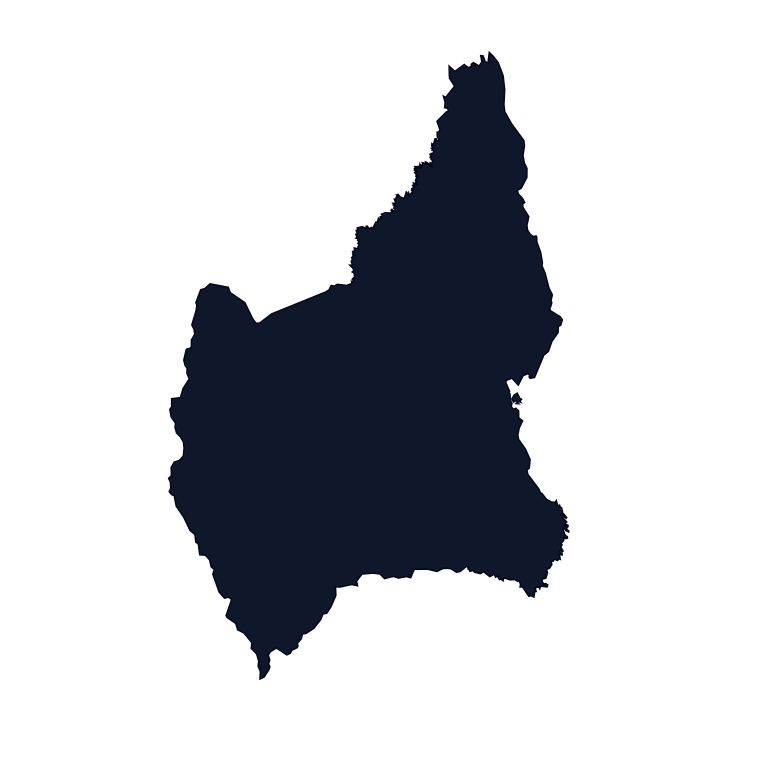 Mamuju Tengah, Sulawesi Barat, Indonesia (Equal Earth projection), rotated 154°
{"feature_id": "22746128B49136567123703", "entity_name": "Mamuju Tengah", "entity_type": "district", "adm_level": 2, "iso_a3": "IDN", "parent_name": "Indonesia", "parent_adm1": "Sulawesi Barat", "projection": "equal_earth", "projection_center": [119.569, -2.021], "detail": "fine", "context": "isolated", "style": "filled", "palette": "ink", "viewbox_px": 768, "rotation_deg": 154, "n_neighbors": 0, "source": "geoboundaries", "source_scale": "gbopen_adm2", "svg_char_len": 6173}
<svg xmlns="http://www.w3.org/2000/svg" viewBox="0 0 768 768"><g transform="rotate(154 384 384)"><path d="M624.2,381.5L623.4,377.7L621.5,375.6L624.3,365.4L622.4,351.9L622.5,337.3L619.9,331.5L622.4,324.5L621.1,321.4L624.5,311.3L619.7,308.5L617.8,302.4L619.5,295.4L617.8,291.6L621.2,288.2L623.4,269.3L621.2,261.4L617.0,260.5L615.4,257.1L627.5,245.0L627.3,242.8L622.2,233.8L623.3,227.1L619.1,221.8L616.1,209.3L619.2,204.7L616.8,197.2L618.0,190.2L620.8,185.5L621.2,179.8L624.8,173.2L620.1,173.2L611.9,178.2L610.5,180.1L610.5,183.0L607.6,186.1L606.9,191.0L604.0,193.0L596.5,194.0L590.1,183.1L586.4,183.1L583.5,185.1L577.6,185.1L576.2,186.1L575.4,189.1L570.2,191.1L566.7,195.1L563.8,194.0L554.4,195.1L544.1,200.0L539.7,204.0L536.0,203.0L529.3,207.1L520.0,215.0L516.4,223.0L512.7,220.8L501.1,218.0L496.2,214.3L495.1,218.8L487.1,222.8L476.9,218.9L470.9,215.0L468.9,208.9L460.0,207.0L455.9,203.2L448.3,201.1L444.9,198.2L438.1,204.2L425.8,198.3L418.6,192.3L411.8,192.3L407.5,190.4L404.7,188.4L401.4,183.1L398.0,182.1L389.8,183.9L388.7,182.3L389.6,180.8L388.4,179.3L388.9,178.0L385.8,177.4L385.1,175.0L380.6,171.4L376.7,171.5L373.4,164.5L368.3,164.7L368.4,161.5L366.2,161.6L366.0,157.6L364.2,157.4L363.3,154.9L361.3,157.3L356.6,152.8L352.2,150.9L350.5,148.0L348.8,147.9L349.2,143.8L350.7,142.0L348.5,141.0L346.9,129.8L344.4,129.1L342.7,126.8L339.5,131.3L338.2,130.8L337.6,134.5L333.7,133.7L333.7,131.7L332.0,133.7L326.3,130.1L324.9,131.7L326.4,134.0L328.1,134.0L328.4,137.7L327.2,139.2L323.7,138.5L319.9,142.5L319.2,145.9L315.8,146.0L312.3,148.2L311.4,151.4L309.4,150.6L307.8,152.0L305.4,149.3L303.2,150.2L302.4,149.2L301.2,154.0L298.9,152.2L298.3,153.1L299.6,156.3L297.9,157.3L297.3,155.0L296.3,155.3L296.6,160.0L294.5,161.3L294.6,163.2L291.2,164.6L289.5,167.2L288.8,165.6L286.7,165.0L286.2,166.2L287.5,169.3L286.8,174.7L284.8,175.0L284.9,172.6L282.9,170.0L282.3,171.0L283.5,173.1L282.8,174.7L284.3,177.9L282.9,177.7L281.5,175.0L280.6,175.9L282.1,178.9L282.0,180.0L280.3,179.9L281.8,184.9L280.1,185.6L279.2,183.5L278.4,183.9L279.4,188.4L282.1,188.7L279.9,189.8L278.6,194.8L279.6,196.3L279.3,198.2L281.3,198.6L280.2,203.7L281.9,202.7L285.2,204.4L288.4,208.8L290.1,216.7L291.1,216.8L290.9,222.1L294.3,239.5L293.4,243.9L290.2,244.8L285.8,252.1L285.4,263.6L287.3,275.2L286.0,279.6L281.7,285.3L275.6,290.1L277.7,294.6L274.8,300.8L276.1,304.4L278.8,304.6L279.5,308.2L277.5,310.3L277.5,314.1L275.1,319.9L275.5,321.3L274.3,322.4L273.9,331.8L272.6,333.7L266.4,333.1L263.8,324.1L255.5,330.4L250.2,330.3L248.9,326.8L250.5,326.7L250.1,325.0L245.8,323.9L227.8,339.8L221.9,341.3L214.4,348.7L205.0,353.9L202.1,359.2L199.3,359.4L195.5,363.6L196.2,367.3L202.4,377.1L201.1,380.9L200.3,380.4L197.4,383.7L197.6,385.3L193.6,390.4L193.7,397.7L190.6,413.0L190.2,421.3L188.6,423.1L185.4,434.0L184.4,444.6L182.3,449.2L182.4,450.4L185.4,451.3L187.0,454.6L187.5,459.5L186.0,463.9L180.5,471.0L181.7,482.1L180.2,485.2L178.0,485.4L178.2,490.4L179.9,495.8L179.4,499.5L174.9,499.8L165.0,507.1L161.0,515.1L161.0,521.1L158.9,528.5L153.3,536.5L151.6,541.6L155.3,562.1L156.1,575.8L153.7,582.6L146.6,595.4L141.8,608.7L140.5,622.7L142.0,630.2L144.0,635.9L149.5,627.4L151.8,628.9L151.1,635.5L153.1,636.8L154.8,630.7L159.1,628.1L162.7,633.7L165.4,633.1L166.6,631.0L169.8,631.6L171.8,636.0L183.3,633.9L186.1,641.2L190.4,631.9L190.0,631.0L191.1,630.4L190.0,620.7L203.0,614.6L204.4,616.7L205.6,610.2L208.4,605.8L206.1,604.1L206.2,600.9L208.9,601.2L221.2,596.9L222.3,588.0L224.5,586.5L225.8,587.1L227.8,582.7L227.4,578.5L229.8,579.8L229.6,581.5L230.6,582.1L234.8,577.3L235.6,579.0L236.8,576.9L236.0,574.9L237.9,575.1L237.1,573.8L238.4,573.2L237.1,571.8L238.5,569.9L240.1,570.4L239.9,569.4L241.9,570.3L241.5,567.3L242.1,568.7L243.2,567.4L242.2,566.8L243.2,565.4L242.4,563.3L244.4,561.4L245.4,562.4L245.6,558.4L247.3,559.7L246.3,561.0L247.5,562.7L249.0,562.8L248.0,563.9L249.2,565.3L249.4,563.5L252.6,566.2L253.2,563.4L255.0,564.9L253.9,563.3L256.5,561.2L255.4,562.6L255.5,565.6L257.2,562.4L258.0,564.7L259.3,563.5L259.3,564.9L261.0,565.9L260.8,563.6L262.2,564.3L262.8,562.9L261.2,562.7L261.0,561.7L262.5,561.7L261.5,560.4L263.8,560.4L262.5,555.7L264.5,557.4L263.8,555.7L266.6,553.0L265.8,551.7L267.1,551.4L267.1,548.9L269.4,551.8L269.9,548.9L271.6,550.4L270.9,548.7L272.2,547.2L270.6,547.4L271.4,545.3L273.8,547.8L273.1,545.7L274.2,545.9L274.0,543.4L275.3,542.4L275.1,543.8L278.5,542.7L278.1,544.9L279.3,543.6L279.5,545.8L280.5,544.4L280.4,546.2L284.4,541.9L287.3,544.9L288.5,549.0L288.2,547.7L289.8,548.5L289.8,545.4L290.3,547.3L292.5,545.0L293.7,545.6L294.0,541.3L296.6,542.5L295.4,539.7L295.7,538.9L296.1,540.2L297.2,540.6L296.6,539.1L298.2,537.7L297.3,535.8L299.3,534.0L300.2,537.3L300.8,537.6L301.5,536.8L300.1,535.8L304.4,534.3L304.2,535.4L308.0,537.5L311.9,537.7L311.4,536.0L313.8,535.3L314.2,536.5L314.6,533.9L315.8,533.8L316.3,535.4L319.0,532.4L320.3,533.1L324.5,530.0L325.2,527.8L326.6,530.2L329.5,530.1L329.7,533.2L331.0,533.5L331.3,530.8L334.6,535.0L339.7,536.0L340.1,533.9L341.7,534.2L342.2,530.5L343.6,530.9L344.1,527.5L345.2,527.4L343.2,525.5L344.7,524.8L344.1,522.7L345.9,521.8L345.3,520.3L347.5,518.5L347.5,516.5L351.2,519.3L351.8,516.7L354.2,516.8L354.2,513.3L355.2,514.3L355.7,512.3L357.7,511.8L357.6,510.1L359.7,508.5L360.2,504.7L362.6,505.8L361.1,501.5L361.7,498.9L363.4,498.6L362.2,496.8L363.7,493.1L366.5,492.1L365.5,490.9L366.3,489.9L368.1,490.7L368.7,488.4L374.4,489.0L382.3,494.1L385.6,493.7L388.3,495.7L392.1,492.7L396.3,492.3L454.3,496.3L469.0,493.3L472.3,494.6L473.4,499.8L473.4,518.1L482.1,533.4L481.6,539.2L496.4,550.3L503.3,548.3L507.4,549.1L517.4,539.6L517.8,536.7L520.7,532.3L530.8,521.4L530.8,516.3L532.3,511.7L537.7,508.1L541.3,501.1L546.5,501.8L553.5,493.2L554.7,487.7L554.0,484.7L556.5,479.8L556.8,474.0L566.6,468.0L573.0,461.0L581.3,463.9L584.9,456.5L587.6,455.1L589.7,447.8L588.6,440.1L590.9,436.6L591.9,431.0L590.2,425.9L589.7,419.8L591.8,414.0L596.0,407.2L601.6,405.0L606.7,405.8L611.9,402.3L615.2,394.9L619.0,393.6L619.0,389.4L621.3,383.9L624.2,381.5ZM272.8,311.1L269.2,307.7L269.5,308.9L267.1,310.0L268.2,311.5L268.3,317.4L271.9,317.0L275.7,314.5L275.5,311.0L272.8,311.1ZM273.9,308.6L271.6,307.2L272.3,309.1L273.9,308.6Z" fill="#0f172a" stroke="#020617" stroke-width="1.5"/></g></svg>